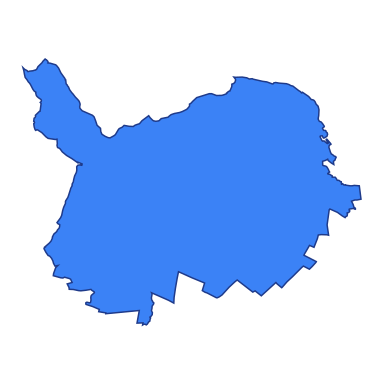 General Berthelot, Hunedoara, Romania
{"feature_id": "2599482B14034373036308", "entity_name": "General Berthelot", "entity_type": "district", "adm_level": 2, "iso_a3": "ROU", "parent_name": "Romania", "parent_adm1": "Hunedoara", "projection": "equal_earth", "projection_center": [22.874, 45.611], "detail": "fine", "context": "isolated", "style": "filled", "palette": "blue", "viewbox_px": 384, "rotation_deg": 0, "n_neighbors": 0, "source": "geoboundaries", "source_scale": "gbopen_adm2", "svg_char_len": 5812}
<svg xmlns="http://www.w3.org/2000/svg" viewBox="0 0 384 384"><path d="M328.6,235.2L327.1,224.9L329.2,209.8L329.9,209.0L337.5,212.4L342.1,215.8L345.1,217.6L345.9,216.5L346.8,216.2L347.2,215.6L347.4,214.1L347.1,213.1L347.2,212.8L348.5,212.6L349.6,211.6L349.7,210.6L349.1,210.1L349.1,209.7L349.3,209.1L353.1,208.5L354.0,208.7L355.1,209.3L355.4,209.2L355.4,208.4L355.2,208.1L354.0,207.3L353.1,204.4L351.5,201.2L354.8,200.0L356.9,200.0L361.0,199.2L359.3,185.8L354.3,185.4L352.0,185.8L350.2,185.8L345.4,185.1L345.4,184.8L344.0,185.0L342.6,183.7L341.7,184.3L341.5,184.2L341.2,181.7L340.5,181.6L338.8,180.3L337.7,180.4L337.2,180.2L336.9,179.9L336.7,179.2L336.2,178.6L335.9,178.0L335.2,177.2L332.2,177.2L332.1,176.9L332.3,176.4L332.1,175.7L330.5,174.9L329.8,174.3L328.3,174.1L327.8,173.8L327.8,173.4L329.6,172.0L328.8,170.7L328.5,169.7L327.1,167.3L326.6,166.7L325.9,166.2L323.1,165.5L322.7,165.1L322.6,161.3L325.5,160.4L327.7,159.2L328.0,160.2L328.3,160.6L331.3,163.0L333.8,164.5L333.4,161.7L333.8,161.0L335.0,160.1L335.4,158.7L336.1,157.5L336.1,157.2L335.6,156.5L334.4,156.2L332.4,154.5L331.4,154.1L330.5,152.3L328.9,147.4L329.1,145.8L329.6,145.0L330.6,144.6L331.0,144.2L330.6,143.5L326.9,139.2L326.4,139.2L326.1,139.8L326.3,140.3L328.2,142.7L328.3,143.1L327.8,143.5L327.2,143.5L324.0,140.9L322.5,141.1L321.8,140.4L320.1,136.8L320.2,136.2L320.5,136.0L322.2,135.8L323.3,137.9L323.7,138.1L324.2,138.0L326.9,136.4L327.6,134.3L327.2,132.8L326.0,131.7L326.0,131.2L325.8,130.7L325.2,130.4L323.6,130.4L322.6,128.6L322.5,128.3L322.8,127.8L324.1,126.9L324.3,126.3L324.0,125.8L322.4,123.4L320.9,121.8L319.7,121.5L319.1,121.0L318.2,119.2L318.3,118.4L318.2,118.3L318.7,115.7L319.0,109.8L318.1,106.2L316.1,104.1L315.0,101.6L314.0,100.4L312.9,99.8L311.2,99.5L309.4,97.3L308.4,96.3L302.5,92.3L302.0,92.8L301.5,92.9L300.8,92.1L300.7,91.8L298.7,90.6L292.9,86.1L290.9,85.6L288.9,84.5L286.4,83.7L279.0,83.1L275.7,82.5L273.8,82.9L273.2,83.8L272.3,83.9L266.8,81.9L262.5,81.3L253.3,79.2L252.2,78.7L249.3,79.0L246.8,77.8L242.2,77.1L235.3,77.3L233.9,77.1L235.5,79.2L235.6,80.1L234.9,82.3L233.6,83.5L231.8,84.2L231.9,85.2L231.7,86.9L229.9,91.0L229.4,91.0L228.2,91.7L226.7,93.0L226.9,93.2L226.2,93.9L223.2,95.0L221.6,95.4L216.5,95.5L211.7,93.7L209.2,93.7L196.7,97.6L192.4,101.6L191.6,102.6L190.6,103.5L189.5,104.1L189.5,106.2L187.2,108.9L186.4,109.5L182.4,111.5L179.6,112.5L174.4,113.5L172.3,114.2L171.0,114.7L169.2,116.1L168.2,117.1L167.6,117.3L161.2,118.6L159.3,120.5L158.5,120.9L155.8,121.3L153.5,120.8L152.6,120.2L150.1,117.7L148.7,115.7L142.0,120.7L139.5,123.7L136.1,124.8L134.7,125.4L133.3,126.5L129.1,126.3L124.1,125.4L122.2,127.2L119.2,128.6L118.3,129.7L115.4,134.6L114.0,135.7L110.0,137.9L108.0,137.6L104.9,136.2L101.9,134.2L100.8,131.6L100.5,128.3L97.1,125.3L95.5,120.5L94.1,116.9L92.5,115.3L82.2,110.8L80.0,108.4L79.7,106.9L80.1,104.5L80.0,103.6L79.5,102.2L78.9,100.9L77.7,99.5L75.2,96.9L73.0,94.0L71.7,92.6L69.6,89.7L68.5,87.0L67.5,85.8L67.1,84.8L66.4,84.2L66.1,83.6L65.7,80.1L65.4,80.2L64.9,78.5L60.9,72.9L58.6,68.1L56.7,65.7L55.7,64.8L50.2,63.2L47.9,62.9L48.1,62.5L48.0,61.8L47.8,61.3L46.4,59.8L45.5,59.4L45.1,59.0L42.8,61.4L42.1,62.6L38.0,66.6L36.7,69.2L35.5,70.1L35.3,70.0L32.7,70.8L29.8,71.1L28.0,71.6L27.7,71.5L27.1,70.6L24.6,69.3L23.0,67.7L23.8,70.5L24.4,74.1L25.2,77.5L26.9,79.6L28.4,82.0L29.5,83.1L30.5,84.6L32.9,89.3L33.7,90.4L34.4,91.3L35.9,92.2L35.7,93.0L36.3,95.4L36.9,96.3L38.4,97.7L41.0,99.5L41.4,100.4L41.2,101.5L40.2,102.4L41.1,103.5L40.1,111.2L39.6,111.2L35.4,115.3L35.6,116.4L35.4,116.9L34.9,117.7L34.1,118.2L33.7,121.3L34.3,121.7L34.5,122.6L34.3,123.2L33.8,123.5L33.8,124.3L34.2,127.0L35.1,129.7L35.8,130.4L36.7,129.8L37.6,129.9L41.8,132.6L45.9,136.8L48.1,138.4L55.4,139.5L57.0,139.2L57.3,143.8L57.0,145.2L57.4,147.1L57.7,147.6L59.0,148.1L59.9,148.7L61.0,150.1L62.3,151.9L66.5,155.4L72.0,158.7L77.8,162.8L77.9,162.2L82.1,163.9L82.0,164.8L81.8,165.3L80.8,165.2L80.6,164.8L78.3,165.1L77.6,165.4L76.7,166.8L76.8,170.0L76.4,172.3L74.6,176.0L73.7,179.5L73.3,181.9L72.2,183.9L72.1,184.8L72.2,184.7L72.2,185.2L72.0,186.0L70.7,188.4L70.5,189.3L68.4,195.9L67.8,197.5L65.7,200.8L65.4,201.9L65.5,203.3L63.7,207.2L62.7,210.4L61.7,215.3L60.6,217.7L57.0,222.6L58.0,223.8L59.7,224.6L59.7,225.7L59.5,227.1L59.0,228.3L57.5,229.9L56.7,231.6L53.9,234.0L52.3,237.2L52.5,237.9L51.1,241.0L49.4,243.0L44.9,246.9L45.2,247.1L44.3,247.8L44.0,248.3L44.1,248.9L45.9,252.3L48.1,255.5L49.7,256.1L51.6,258.4L52.9,261.0L53.5,263.3L55.0,266.1L57.9,265.5L55.7,267.6L53.6,273.5L53.3,275.7L60.8,277.8L62.9,278.0L64.6,277.2L69.2,278.5L70.6,279.2L72.1,282.5L67.2,283.9L69.0,287.5L69.2,289.3L73.4,289.5L78.5,290.6L80.8,290.8L85.5,290.3L91.0,289.4L91.8,290.3L94.2,291.9L94.4,292.3L94.3,292.8L91.4,295.3L91.0,296.1L90.8,297.8L91.0,300.1L90.5,302.4L89.9,302.8L89.3,302.8L87.5,302.3L86.5,302.3L85.9,302.7L85.8,303.6L86.0,304.4L92.8,306.6L99.3,309.4L98.7,311.7L105.9,312.9L105.8,313.7L139.3,310.5L137.0,323.1L143.0,322.9L142.6,325.0L143.8,324.3L144.6,324.2L145.1,324.2L146.2,324.9L147.3,324.1L148.7,321.9L149.8,321.2L150.2,318.8L150.6,318.1L150.6,317.9L150.0,317.5L150.0,317.0L151.1,316.2L152.2,314.7L152.4,312.6L151.6,311.1L151.5,310.4L152.0,308.1L152.1,306.2L153.6,304.0L153.8,303.2L153.7,302.6L152.7,301.9L152.5,301.0L151.8,300.1L151.4,298.0L152.0,294.6L152.0,293.7L151.6,292.8L168.6,300.3L173.8,303.1L174.1,297.4L175.5,287.8L177.2,278.1L178.5,271.7L192.0,277.8L204.6,283.0L202.3,290.6L205.1,292.3L207.0,292.9L216.3,297.7L217.2,297.8L219.2,296.9L222.1,294.9L229.1,287.2L234.8,281.9L237.2,280.0L252.8,292.1L255.1,290.9L261.3,295.8L275.9,282.5L277.1,283.9L280.6,286.8L281.6,287.7L282.0,287.5L287.0,281.8L292.5,276.7L301.7,267.5L303.4,266.1L309.4,269.2L312.2,266.5L315.9,262.4L316.3,261.6L304.0,255.3L304.2,254.5L309.5,245.4L314.0,247.3L317.4,238.6L318.3,235.0L321.1,234.6L326.9,234.8L328.6,235.2Z" fill="#3b82f6" stroke="#1e3a8a" stroke-width="1.5"/></svg>